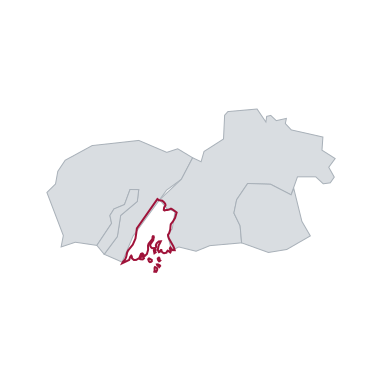 Guinea-Bissau highlighted among its neighbors, rotated 305°
{"feature_id": "GNB", "entity_name": "Guinea-Bissau", "entity_type": "country or territory", "adm_level": 0, "iso_a3": "GNB", "parent_name": "Africa", "parent_adm1": "", "projection": "orthographic", "projection_center": [-15.403, 11.81], "detail": "fine", "context": "with_neighbors", "style": "outline", "palette": "rose", "viewbox_px": 384, "rotation_deg": 305, "n_neighbors": 4, "source": "natural_earth", "source_scale": "50m", "svg_char_len": 3389}
<svg xmlns="http://www.w3.org/2000/svg" viewBox="0 0 384 384"><g transform="rotate(305 192 192)"><path d="M93.7,144.7L83.9,125.2L71.9,116.3L82.5,111.6L108.4,73.4L120.3,75.6L132.0,70.2L145.3,69.9L172.8,83.6L203.7,118.8L210.0,148.6L219.2,155.5L220.4,172.9L196.4,176.0L178.9,170.1L122.0,169.0L94.5,175.0L90.6,155.8L112.7,156.4L131.9,147.0L152.9,152.6L163.4,147.0L158.5,139.8L143.0,143.9L133.4,137.8L125.7,138.2L120.2,144.1L93.7,144.7Z" fill="#d9dde1" stroke="#a8b0b8" stroke-width="1"/><path d="M167.1,169.9L196.4,176.0L220.4,172.9L222.0,182.1L232.1,178.6L253.5,187.4L273.6,174.7L278.5,175.3L297.3,197.7L291.7,212.4L296.8,209.8L299.9,212.6L298.8,220.1L306.4,227.1L301.6,229.2L299.8,237.7L312.1,267.7L300.8,274.5L301.5,290.1L290.7,289.8L285.8,300.0L278.8,300.0L274.0,294.8L275.4,284.7L264.9,269.7L246.5,274.8L243.4,251.9L230.9,232.7L211.3,233.0L198.8,238.4L191.9,250.8L178.8,261.8L158.3,237.4L145.8,229.3L139.4,212.7L132.3,208.7L143.1,196.5L150.6,196.9L166.2,189.3L164.0,181.0L167.1,169.9Z" fill="#d9dde1" stroke="#a8b0b8" stroke-width="1"/><path d="M178.8,261.8L191.9,250.8L198.8,238.4L211.3,233.0L230.9,232.7L243.4,251.9L246.5,274.8L253.3,273.3L231.0,298.8L223.9,314.1L199.3,302.6L186.3,289.3L178.8,261.8Z" fill="#d9dde1" stroke="#a8b0b8" stroke-width="1"/><path d="M93.7,144.7L120.2,144.1L125.7,138.2L133.4,137.8L143.0,143.9L158.5,139.8L163.4,147.0L152.9,152.6L131.9,147.0L112.7,156.4L90.6,155.8L93.7,144.7Z" fill="#d9dde1" stroke="#a8b0b8" stroke-width="1"/><path d="M93.6,175.7L95.0,175.5L98.3,175.9L100.8,175.4L102.6,174.7L105.1,173.6L107.5,173.2L114.9,173.7L121.4,172.4L126.2,170.0L130.6,167.7L136.4,167.7L142.5,167.7L151.3,167.7L158.2,167.7L166.4,167.7L166.3,169.7L167.8,172.6L167.6,174.7L167.0,176.7L166.4,177.5L165.7,178.0L163.5,178.0L162.6,178.4L161.1,179.2L161.1,180.1L162.3,181.0L163.2,182.2L164.3,183.2L166.3,184.3L166.5,185.6L166.5,188.7L166.4,191.2L161.0,193.0L156.9,193.3L153.4,193.1L151.9,193.9L148.8,195.7L145.1,196.9L143.2,196.9L142.3,197.6L140.8,199.5L136.8,207.9L135.5,209.9L134.4,211.2L133.2,209.4L134.1,206.1L133.1,206.2L131.0,208.8L130.0,208.9L130.1,205.8L129.0,205.6L127.7,205.9L125.8,204.2L125.6,203.0L125.8,201.3L126.9,200.2L126.7,199.8L125.7,199.6L124.4,199.9L123.7,199.4L124.9,197.2L129.2,195.3L131.4,195.1L133.7,194.7L132.4,193.1L129.8,192.5L127.7,192.9L126.6,194.1L125.3,194.3L123.1,191.6L123.2,190.2L124.0,188.6L125.3,187.9L130.3,187.9L132.2,187.0L132.9,186.8L133.7,186.0L133.5,185.4L132.7,185.4L130.8,186.5L124.8,186.1L122.9,186.7L119.5,189.2L115.4,190.6L112.4,190.0L113.3,186.7L112.9,186.2L112.0,185.7L107.6,186.7L104.3,185.2L103.0,183.4L103.2,181.0L104.8,179.5L105.0,178.7L103.4,178.6L100.3,179.5L93.6,175.7ZM108.1,208.2L106.1,208.5L105.3,207.3L105.1,206.8L106.2,206.4L106.6,206.4L107.4,205.5L108.4,204.9L108.8,204.7L109.3,204.7L109.6,206.7L109.2,207.6L108.1,208.2ZM113.3,198.0L112.2,198.8L111.0,198.4L110.4,197.7L110.5,196.5L111.8,194.7L113.0,194.9L113.3,198.0ZM111.3,187.6L110.0,190.7L108.5,190.3L107.4,188.5L107.2,187.7L110.4,187.5L111.3,187.6ZM117.7,204.3L117.7,205.3L116.6,205.1L116.3,204.8L116.9,203.0L117.9,202.1L119.0,202.3L119.3,202.5L119.1,203.2L118.6,203.8L117.7,204.3ZM121.9,196.2L121.7,196.8L120.3,196.3L122.3,194.2L123.6,193.9L123.6,195.5L122.5,195.8L121.9,196.2ZM113.5,207.6L113.2,208.3L111.8,208.2L112.1,207.5L111.8,207.3L112.2,205.2L112.5,204.8L113.2,205.6L113.2,206.0L113.5,207.6Z" fill="none" stroke="#9f1239" stroke-width="2"/></g></svg>